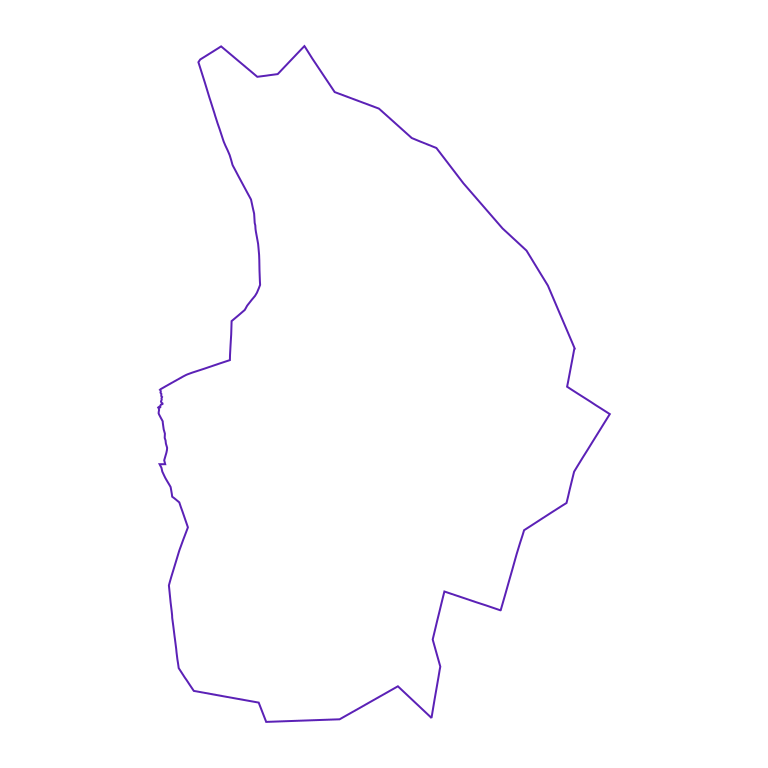 Bayanzu'rx, Ulaanbaatar, Mongolia
{"feature_id": "93677404B78572073396815", "entity_name": "Bayanzu'rx", "entity_type": "district", "adm_level": 2, "iso_a3": "MNG", "parent_name": "Mongolia", "parent_adm1": "Ulaanbaatar", "projection": "albers", "projection_center": [107.069, 47.965], "detail": "fine", "context": "isolated", "style": "outline", "palette": "violet", "viewbox_px": 768, "rotation_deg": 0, "n_neighbors": 0, "source": "geoboundaries", "source_scale": "gbopen_adm2", "svg_char_len": 3271}
<svg xmlns="http://www.w3.org/2000/svg" viewBox="0 0 768 768"><path d="M198.4,62.2L200.0,67.2L202.3,74.5L204.8,82.4L207.0,89.6L209.4,97.5L210.6,101.2L212.4,106.9L214.5,113.5L215.2,115.9L216.3,119.3L217.6,123.4L219.7,129.4L221.1,133.7L222.9,139.2L223.7,141.6L225.3,145.4L227.7,150.5L229.7,155.2L231.3,160.5L232.5,164.9L233.2,166.3L234.6,168.9L238.5,176.3L243.6,185.8L247.1,192.3L251.0,199.5L251.1,199.9L252.9,208.3L254.1,213.5L254.2,214.7L254.7,222.9L254.8,223.4L255.3,225.4L255.5,228.9L255.9,231.7L257.2,238.8L258.1,243.8L258.5,248.0L259.1,254.9L259.3,260.1L259.5,270.5L259.9,281.2L260.1,284.9L258.8,288.3L256.9,292.8L255.8,294.6L255.1,295.8L251.6,300.0L247.2,305.6L244.8,309.9L238.3,315.5L231.6,321.1L231.3,331.2L231.2,334.4L230.6,344.2L230.4,347.9L230.0,355.4L229.9,360.1L219.6,363.5L208.7,367.2L204.6,368.6L192.3,372.6L187.6,374.3L186.0,375.0L183.3,376.4L171.3,383.1L166.0,386.1L160.6,389.2L160.0,389.8L160.4,390.1L160.8,391.3L160.5,392.7L161.3,393.7L161.3,395.3L161.3,396.1L162.1,397.0L161.5,398.2L161.7,399.7L161.4,400.4L161.0,401.5L161.4,402.5L162.5,403.4L162.5,404.0L160.8,404.8L160.3,405.6L160.3,407.2L159.9,407.5L159.0,406.9L158.2,407.5L158.6,408.1L159.1,409.9L158.8,411.4L158.6,413.2L159.0,414.3L159.6,415.5L160.7,417.6L162.7,421.3L162.8,422.9L163.7,429.4L164.5,432.2L164.9,433.6L164.7,437.9L165.6,440.6L165.6,441.0L165.9,443.6L167.1,447.7L167.1,448.3L166.9,450.3L166.4,452.7L164.2,460.3L165.2,464.2L159.6,464.2L159.8,464.6L160.3,465.6L161.1,467.1L161.4,467.6L161.9,469.8L162.3,471.6L164.5,476.3L165.4,478.1L166.9,480.7L169.7,485.4L170.6,487.0L171.1,489.7L171.8,493.8L172.2,496.7L174.5,498.4L179.3,502.4L180.8,506.9L182.4,511.3L184.7,518.0L186.8,524.1L187.9,527.3L187.6,528.2L184.5,536.4L183.2,539.8L180.7,546.7L179.7,549.4L179.1,551.2L176.1,561.1L173.7,569.0L171.4,576.5L169.9,581.7L168.9,585.4L169.6,592.3L170.6,602.4L171.7,611.4L172.1,615.3L172.2,617.8L173.3,626.1L174.6,636.6L175.0,639.5L176.2,648.9L176.5,652.1L177.4,659.4L178.0,663.1L178.3,665.2L178.7,668.1L184.9,677.7L186.4,679.8L189.7,684.8L193.8,690.9L224.1,696.4L258.7,702.6L262.7,712.9L266.2,721.9L333.7,719.5L339.6,719.3L397.9,686.3L430.1,716.6L430.3,716.8L430.9,717.5L431.6,717.3L434.5,699.9L436.6,687.9L438.6,676.4L439.6,670.3L440.3,666.6L437.2,655.6L434.4,645.6L432.7,639.5L435.8,626.6L437.1,621.1L439.6,611.0L440.8,606.0L443.1,596.6L444.4,591.5L449.1,593.1L463.7,598.0L475.8,602.1L486.0,605.4L494.2,608.2L500.4,610.3L500.7,610.2L505.4,593.9L507.4,586.8L510.1,577.3L512.5,568.9L515.4,558.5L516.7,553.9L520.1,542.8L522.6,535.1L524.1,530.2L530.8,525.9L539.7,520.1L550.7,513.0L562.3,505.6L566.5,503.0L568.1,496.5L569.7,489.6L571.6,481.8L573.2,475.3L574.1,471.7L577.3,466.4L582.7,457.6L587.8,449.5L592.0,442.7L599.6,430.5L603.5,424.2L609.8,414.1L600.9,408.4L596.1,405.4L590.5,401.7L586.9,399.4L577.9,393.7L571.2,389.4L567.1,386.7L568.3,380.7L570.2,370.6L572.5,358.5L574.4,348.3L574.6,348.3L572.3,342.8L561.8,318.2L559.6,313.1L547.9,285.6L540.9,274.2L526.5,250.6L502.5,228.4L463.4,183.3L436.4,148.0L420.4,141.6L411.7,138.0L387.2,116.0L378.9,108.6L334.7,92.1L312.2,58.4L304.8,46.6L304.7,46.5L304.4,46.1L301.1,49.5L296.8,54.0L277.7,74.1L268.6,75.3L266.7,75.6L257.3,76.8L224.7,49.4L221.1,46.4L220.5,46.8L220.1,47.0L218.6,48.0L200.2,59.5L198.4,62.2Z" fill="none" stroke="#5b21b6" stroke-width="2"/></svg>